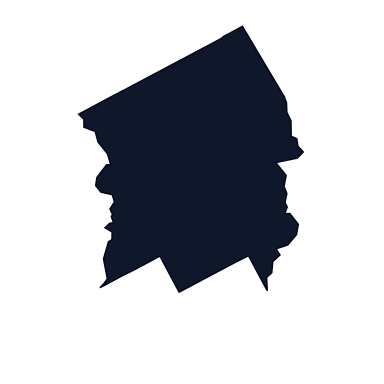 the district of Hinds, Mississippi, United States of America, rotated 152°
{"feature_id": "52423323B53043457363296", "entity_name": "Hinds", "entity_type": "district", "adm_level": 2, "iso_a3": "USA", "parent_name": "United States of America", "parent_adm1": "Mississippi", "projection": "natural_earth1", "projection_center": [-90.379, 32.311], "detail": "fine", "context": "isolated", "style": "filled", "palette": "ink", "viewbox_px": 384, "rotation_deg": 152, "n_neighbors": 0, "source": "geoboundaries", "source_scale": "gbopen_adm2", "svg_char_len": 1052}
<svg xmlns="http://www.w3.org/2000/svg" viewBox="0 0 384 384"><g transform="rotate(152 192 192)"><path d="M171.9,69.4L166.2,81.6L159.5,83.3L153.3,92.7L143.9,95.1L144.5,102.4L132.4,100.3L119.8,105.3L113.3,113.6L115.7,127.0L120.2,129.3L114.9,134.1L114.9,139.0L109.0,146.1L108.1,153.8L101.1,162.4L104.2,178.7L83.0,172.5L75.0,175.1L77.0,182.7L74.5,189.9L78.3,194.6L71.2,208.4L70.9,217.7L66.6,226.7L66.1,231.7L65.8,232.1L69.7,314.6L91.4,314.5L93.7,313.8L197.7,313.9L214.3,314.0L216.1,314.0L228.7,314.0L255.6,313.9L253.3,307.0L257.0,299.9L249.0,290.9L251.5,280.3L248.7,265.4L250.9,254.2L254.7,256.1L269.1,249.5L274.0,242.9L272.5,234.7L263.7,227.1L265.1,219.6L272.4,215.5L272.8,209.2L274.8,208.3L275.6,201.7L279.3,203.0L285.6,201.3L283.8,198.4L281.3,194.2L285.0,187.5L289.1,187.3L301.5,174.5L307.5,155.1L312.2,152.7L318.2,150.7L310.5,150.7L296.2,150.8L292.0,150.7L289.6,150.7L282.2,150.4L276.0,150.4L250.4,150.5L250.4,109.7L248.8,109.6L236.7,109.6L208.4,109.6L193.1,109.6L172.0,109.3L171.9,69.4Z" fill="#0f172a" stroke="#020617" stroke-width="1.5"/></g></svg>